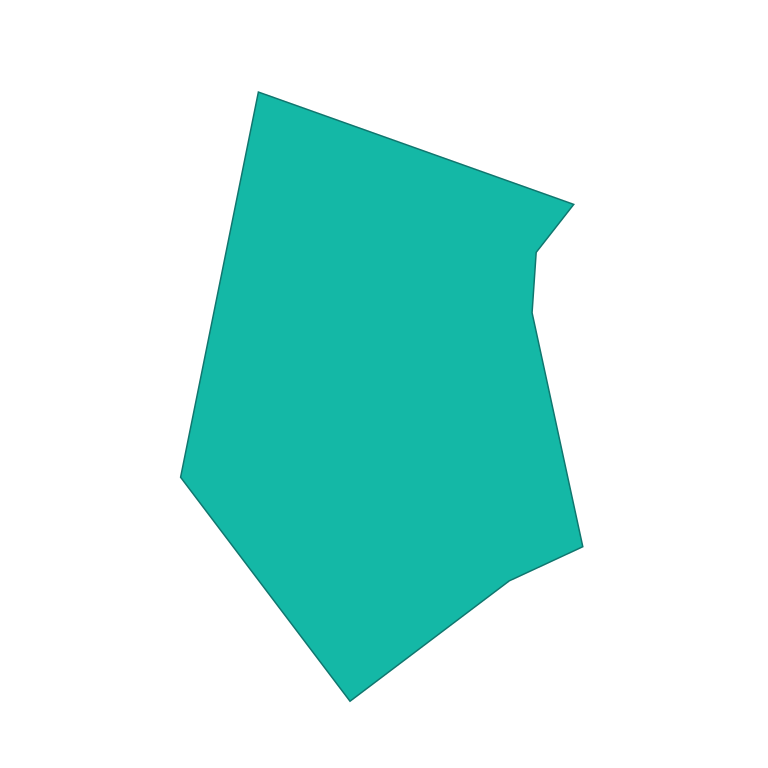 outline of Mandaue, rotated 351°
{"feature_id": "PHL-5523", "entity_name": "Mandaue", "entity_type": "Highly Urbanized City", "adm_level": 1, "iso_a3": "PHL", "parent_name": "Philippines", "parent_adm1": "", "projection": "orthographic", "projection_center": [123.958, 10.355], "detail": "fine", "context": "isolated", "style": "filled", "palette": "teal", "viewbox_px": 768, "rotation_deg": 351, "n_neighbors": 0, "source": "natural_earth", "source_scale": "10m", "svg_char_len": 278}
<svg xmlns="http://www.w3.org/2000/svg" viewBox="0 0 768 768"><g transform="rotate(351 384 384)"><path d="M599.5,236.3L554.9,277.8L541.4,336.8L554.9,575.8L477.0,598.0L300.8,692.0L168.5,444.3L305.6,76.0L599.5,236.3Z" fill="#14b8a6" stroke="#0f766e" stroke-width="1.5"/></g></svg>